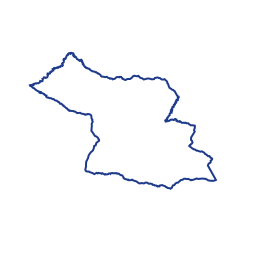 Ribas do Rio Pardo, Mato Grosso do Sul, Brazil, rotated 138°
{"feature_id": "56859067B15535908000846", "entity_name": "Ribas do Rio Pardo", "entity_type": "district", "adm_level": 2, "iso_a3": "BRA", "parent_name": "Brazil", "parent_adm1": "Mato Grosso do Sul", "projection": "albers", "projection_center": [-53.536, -20.581], "detail": "fine", "context": "isolated", "style": "outline", "palette": "blue", "viewbox_px": 256, "rotation_deg": 138, "n_neighbors": 0, "source": "geoboundaries", "source_scale": "gbopen_adm2", "svg_char_len": 5873}
<svg xmlns="http://www.w3.org/2000/svg" viewBox="0 0 256 256"><g transform="rotate(138 128 128)"><path d="M135.6,54.2L133.1,55.3L131.8,54.6L129.9,55.0L128.4,54.7L127.3,53.9L123.5,54.0L122.1,53.0L120.3,52.8L119.1,51.6L118.5,50.7L117.2,49.7L116.1,47.0L115.4,46.9L114.7,46.1L110.7,44.5L110.0,43.2L106.2,40.4L105.2,39.0L104.4,38.5L103.3,35.2L101.3,32.9L99.5,31.3L97.4,30.6L93.8,46.6L91.9,47.6L90.1,47.1L89.3,47.3L88.5,48.4L86.7,48.3L85.9,49.0L86.6,50.9L86.3,51.3L86.3,52.7L86.8,52.9L87.4,53.8L87.5,55.8L88.1,57.1L87.9,57.7L88.0,59.0L88.8,61.3L90.0,61.9L91.9,65.3L92.3,65.5L92.6,67.2L93.5,68.3L93.4,68.7L93.8,69.5L94.5,73.6L93.4,73.6L93.3,73.9L91.0,73.7L89.8,74.0L89.0,75.8L89.1,77.0L87.5,78.7L80.8,80.7L80.4,82.2L78.1,83.5L76.8,85.0L78.6,87.3L79.5,87.9L80.1,90.1L80.0,90.7L80.2,91.3L81.4,92.4L81.6,93.4L82.5,93.8L83.0,94.7L83.7,95.0L84.7,96.2L84.6,97.2L85.2,98.0L84.9,98.3L85.1,98.6L85.8,98.4L86.2,99.4L86.9,99.8L87.0,100.3L86.7,100.7L87.1,101.1L86.5,101.8L86.6,102.6L87.2,102.8L87.0,103.1L87.3,103.3L88.8,103.4L89.5,104.8L90.1,104.9L90.7,105.6L93.0,105.8L93.6,106.8L94.5,106.8L95.2,107.3L95.1,107.8L95.6,107.8L95.4,108.6L95.0,108.8L94.1,108.4L93.1,108.8L93.2,108.5L92.9,108.4L92.0,109.1L91.3,109.1L90.5,109.6L88.5,109.6L88.1,110.3L87.1,110.8L86.4,110.5L85.3,111.2L85.0,110.7L84.7,111.1L84.8,112.0L83.8,112.2L83.8,111.7L83.4,111.8L83.6,111.4L83.1,111.7L83.3,112.5L82.7,112.4L82.3,112.9L82.3,113.2L81.4,113.4L80.7,113.1L80.4,113.1L80.5,113.8L78.9,113.7L78.5,114.5L77.8,114.5L77.3,114.1L76.8,114.8L75.4,114.6L75.2,114.8L75.7,115.2L75.4,115.5L74.6,115.2L74.0,116.1L73.3,116.4L72.9,115.8L72.7,116.0L72.1,115.5L71.5,116.4L71.1,116.4L71.0,116.7L70.7,116.6L70.2,116.9L70.2,117.2L69.7,117.0L69.5,117.3L69.8,117.5L69.7,119.8L68.7,123.9L69.0,126.0L69.6,127.1L69.9,129.0L70.3,129.8L69.8,131.8L68.9,133.3L68.7,135.2L68.2,135.6L67.9,136.5L68.2,139.9L69.1,140.2L70.5,141.5L70.9,143.8L71.5,144.3L72.1,145.7L74.6,147.2L75.9,146.9L76.4,147.2L77.8,148.3L78.2,149.2L80.0,151.5L83.8,153.5L84.3,155.6L85.3,157.0L85.4,159.8L86.6,160.3L88.4,162.7L90.0,163.1L91.0,162.8L93.6,163.0L95.6,164.8L97.8,165.4L98.2,165.9L98.3,166.6L99.2,168.3L98.8,168.9L99.1,169.7L98.9,170.5L99.1,170.7L100.0,171.6L100.7,171.6L101.2,172.5L102.7,173.5L104.8,173.4L106.8,174.4L106.7,175.0L107.4,176.2L107.7,176.1L108.5,176.8L108.5,177.5L109.3,178.9L109.5,180.2L111.0,181.1L112.1,182.8L113.0,183.5L113.3,184.4L113.0,185.6L113.3,187.8L113.8,188.2L113.6,188.5L114.3,190.1L114.3,190.8L114.8,191.1L115.2,192.4L116.3,193.6L116.7,194.7L117.2,196.2L117.1,197.3L117.4,197.6L117.3,198.3L117.9,198.8L118.3,200.1L118.9,200.4L118.7,202.0L118.8,202.3L119.1,202.1L119.2,202.4L118.9,204.4L118.5,204.8L118.9,205.5L118.1,206.1L117.9,207.1L118.2,207.2L118.0,208.0L117.4,208.2L117.1,209.2L117.5,209.4L117.1,209.5L117.2,210.2L118.2,210.3L119.1,210.8L119.2,211.2L118.9,211.4L119.8,213.4L119.2,215.3L120.0,216.3L119.7,216.8L119.9,217.3L119.5,217.6L119.8,218.0L120.3,218.0L120.2,218.6L119.7,219.1L119.2,218.8L118.7,220.1L119.9,221.8L120.8,221.4L121.2,221.6L121.2,221.9L120.8,221.9L120.8,222.4L121.4,222.9L122.4,223.2L123.1,223.1L123.3,222.5L123.6,222.4L124.5,222.6L124.8,222.9L128.2,221.2L128.9,221.6L128.8,222.0L129.6,222.3L129.9,222.1L129.7,221.7L130.0,221.3L130.9,221.0L131.2,220.3L132.0,219.8L133.8,220.0L134.3,218.3L135.2,218.0L135.9,219.1L136.6,219.2L137.4,218.7L138.2,219.6L139.3,219.4L139.6,220.3L140.5,220.5L140.8,220.2L141.6,221.0L142.6,221.0L142.6,222.0L143.0,222.1L143.6,221.9L144.5,222.2L144.7,221.0L145.1,220.7L146.0,221.3L147.3,220.9L147.8,221.6L148.2,221.7L149.5,220.7L150.7,221.3L150.8,222.0L151.3,222.3L152.2,221.6L152.3,220.7L154.1,219.7L155.8,220.4L155.9,221.2L156.7,221.9L157.7,221.4L158.7,221.7L159.1,220.9L160.3,220.1L161.0,220.5L161.8,221.7L163.1,220.9L164.8,221.3L165.6,222.2L166.4,222.4L166.8,223.1L168.1,223.4L168.3,223.8L168.7,223.9L169.1,223.2L169.5,223.1L169.8,223.9L170.4,224.3L171.1,224.2L171.5,225.0L172.3,225.4L172.5,224.7L171.7,222.9L171.9,221.9L171.1,220.1L171.2,219.2L170.8,217.3L170.3,215.6L169.8,214.8L170.2,213.7L169.8,212.8L168.9,213.3L168.6,212.9L169.0,212.2L168.1,210.8L168.1,210.2L167.5,209.2L167.8,208.4L166.9,206.7L167.7,206.3L167.8,205.6L167.6,204.6L166.8,203.9L166.5,202.8L165.7,202.2L165.0,201.1L164.7,199.9L164.0,199.4L163.7,197.3L162.7,196.0L162.6,195.1L162.4,194.9L162.5,194.1L161.9,193.1L162.3,191.6L162.1,191.3L161.4,190.9L161.1,189.3L161.4,188.4L160.8,187.8L161.1,186.9L160.8,186.2L160.6,184.0L160.2,183.3L160.5,182.2L159.9,181.3L160.2,181.0L160.1,179.9L159.1,179.3L158.3,178.1L157.2,177.1L157.0,176.3L156.3,175.6L155.8,173.1L153.4,171.3L153.3,170.6L152.6,169.3L151.4,167.9L151.1,166.6L150.5,166.2L150.1,166.3L149.6,165.6L148.9,165.6L148.1,164.8L147.4,164.0L146.9,162.3L147.3,161.3L148.3,160.1L148.7,159.4L148.8,158.2L149.5,157.7L149.9,156.4L152.3,155.3L153.4,153.8L157.1,150.4L157.3,148.0L157.9,144.4L157.1,142.5L156.9,141.1L157.3,140.0L157.3,138.8L158.0,137.9L161.5,138.1L163.7,136.7L165.1,137.3L166.9,135.9L169.0,134.8L172.1,134.8L175.5,134.0L177.6,132.5L181.6,130.9L183.8,128.9L184.8,127.6L187.5,125.7L188.1,124.4L187.6,123.1L186.2,121.8L186.0,120.9L184.5,118.2L183.9,116.3L181.2,115.6L180.9,114.5L179.9,114.3L178.3,112.2L178.3,111.8L177.4,111.7L176.4,108.9L175.8,109.0L175.0,107.8L173.6,107.0L172.8,107.0L171.8,106.3L171.7,105.7L171.2,105.9L169.8,105.1L169.4,104.3L167.8,103.1L167.2,102.1L166.6,102.0L166.2,100.8L165.4,100.3L165.1,98.0L164.2,97.1L164.0,96.3L164.5,93.8L164.8,93.6L164.2,91.8L163.1,90.4L163.1,89.8L162.2,89.3L162.3,88.6L160.6,87.2L159.5,86.9L159.3,85.7L157.5,82.7L156.8,79.5L156.1,78.7L154.7,78.0L153.7,76.6L152.7,75.9L151.6,75.8L150.5,74.7L150.1,74.0L150.1,73.2L149.5,72.3L148.6,71.8L147.5,70.0L147.7,69.3L146.7,68.1L146.6,67.4L145.3,66.1L145.3,64.9L144.6,64.8L144.0,63.7L143.7,63.6L143.4,64.0L142.8,64.0L140.8,62.7L140.1,61.1L139.4,60.1L139.3,58.6L138.8,58.1L138.8,57.1L137.4,55.4L137.0,54.4L136.1,54.5L135.6,54.2Z" fill="none" stroke="#1e3a8a" stroke-width="2"/></g></svg>